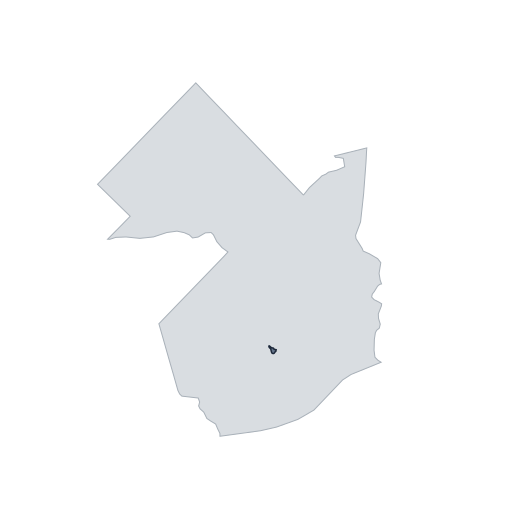 Santa Apolonia, Chimaltenango, Guatemala shown in context, rotated 314°
{"feature_id": "79465075B14911635135013", "entity_name": "Santa Apolonia", "entity_type": "district", "adm_level": 2, "iso_a3": "GTM", "parent_name": "Guatemala", "parent_adm1": "Chimaltenango", "projection": "mercator", "projection_center": [-90.952, 14.838], "detail": "fine", "context": "in_parent", "style": "filled", "palette": "slate", "viewbox_px": 512, "rotation_deg": 314, "n_neighbors": 0, "source": "geoboundaries", "source_scale": "gbopen_adm2", "svg_char_len": 2315}
<svg xmlns="http://www.w3.org/2000/svg" viewBox="0 0 512 512"><g transform="rotate(314 256 256)"><path d="M101.3,355.3L103.3,353.3L105.0,348.6L107.1,343.7L105.8,338.1L105.0,333.5L107.4,326.9L107.2,321.9L108.3,318.9L111.8,316.9L113.7,313.1L103.7,300.0L103.7,297.0L105.0,293.3L113.1,279.4L122.7,262.7L133.4,244.3L139.8,233.2L163.1,233.2L178.6,233.2L198.2,233.2L219.6,233.2L233.6,233.2L239.4,233.0L238.4,225.8L239.1,217.9L241.7,210.6L241.7,207.4L237.5,203.5L229.4,201.2L224.9,197.8L224.9,193.4L222.9,188.1L219.0,181.9L210.9,175.5L198.5,169.0L188.0,160.2L179.4,149.3L172.0,142.2L166.4,139.2L165.0,137.6L181.6,137.8L197.2,137.9L197.3,122.1L197.4,108.1L197.5,92.2L225.9,92.3L259.7,92.3L294.8,92.3L322.4,92.4L338.7,92.4L337.9,112.0L337.1,134.8L336.4,151.5L335.6,173.7L334.7,196.5L333.5,227.4L332.8,247.4L333.1,247.8L342.4,246.9L356.0,247.7L359.3,247.7L363.5,249.4L366.7,249.9L373.6,254.4L381.8,257.8L386.9,251.0L384.2,246.8L382.2,244.7L382.5,242.9L410.7,260.6L407.4,263.4L400.2,269.7L387.2,280.5L375.5,290.2L364.3,298.9L354.1,306.8L353.0,307.6L340.1,313.2L338.0,315.8L335.2,327.0L334.0,329.7L336.3,335.9L338.6,345.4L337.9,350.4L329.0,356.6L324.9,362.1L323.1,365.7L321.5,364.7L318.8,364.4L312.4,365.8L309.4,366.1L306.8,367.7L306.6,371.2L308.3,376.7L308.9,379.6L307.1,380.9L299.3,384.2L296.2,387.5L293.3,392.7L289.8,394.8L286.3,394.4L283.7,395.2L278.3,399.0L270.2,406.4L265.8,411.9L265.7,416.1L266.5,419.8L236.9,406.7L227.0,404.4L185.4,404.7L167.5,399.6L147.2,389.6L133.4,380.6L101.3,355.3Z" fill="#d9dde1" stroke="#a8b0b8" stroke-width="1"/><path d="M202.6,335.6L202.5,335.4L202.4,335.2L202.1,334.9L201.7,334.3L201.6,334.1L201.7,333.9L201.7,333.7L201.5,333.4L201.5,333.1L201.7,332.9L201.7,332.7L201.8,332.6L201.7,332.2L201.5,331.9L201.3,331.7L201.2,331.5L200.9,331.0L200.8,330.7L200.7,329.7L200.7,329.1L200.7,328.6L200.5,328.0L200.5,327.7L200.4,327.6L200.3,327.3L200.3,327.6L200.1,327.8L199.5,328.8L199.4,329.2L199.4,329.7L199.4,329.9L199.4,330.6L199.5,330.9L199.4,331.0L199.3,331.3L199.0,331.8L198.9,331.9L198.7,332.2L198.6,332.4L198.3,332.8L197.5,334.2L197.3,334.8L197.3,335.2L197.4,335.4L197.6,335.9L197.7,336.1L198.0,336.3L198.3,336.5L198.6,336.6L200.2,336.4L200.5,336.3L200.9,336.4L201.2,336.3L201.3,336.3L201.5,336.4L202.0,336.0L202.1,335.9L202.6,335.6Z" fill="#64748b" stroke="#1e293b" stroke-width="1.5"/></g></svg>